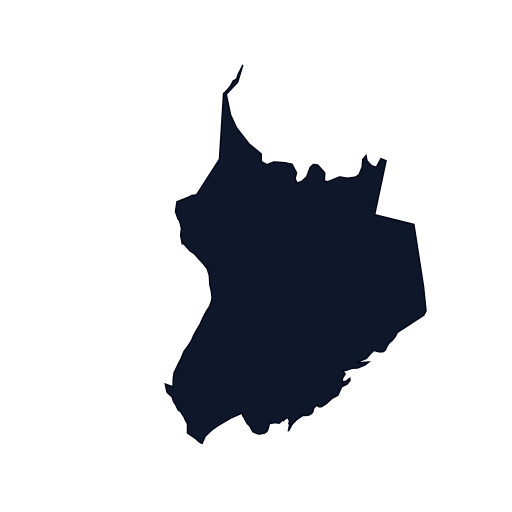 San Cristóbal Lachirioag, Oaxaca, Mexico (Natural Earth projection), rotated 53°
{"feature_id": "50627088B73044983414365", "entity_name": "San Cristóbal Lachirioag", "entity_type": "district", "adm_level": 2, "iso_a3": "MEX", "parent_name": "Mexico", "parent_adm1": "Oaxaca", "projection": "natural_earth1", "projection_center": [-96.168, 17.35], "detail": "fine", "context": "isolated", "style": "filled", "palette": "ink", "viewbox_px": 512, "rotation_deg": 53, "n_neighbors": 0, "source": "geoboundaries", "source_scale": "gbopen_adm2", "svg_char_len": 3764}
<svg xmlns="http://www.w3.org/2000/svg" viewBox="0 0 512 512"><g transform="rotate(53 256 256)"><path d="M402.1,189.2L404.2,157.6L402.1,153.2L381.2,140.6L325.8,110.9L294.4,136.4L258.2,94.8L253.5,97.6L257.5,106.5L253.4,109.4L246.7,110.1L242.0,107.7L243.2,112.7L248.9,117.7L253.0,124.6L253.0,128.9L248.9,136.2L243.2,141.6L239.8,154.2L237.0,156.2L231.0,151.1L220.6,151.9L217.5,154.9L217.8,159.3L223.3,167.9L224.0,174.8L222.2,179.4L217.7,178.2L213.9,173.6L204.4,172.0L198.9,176.8L191.7,185.0L191.0,187.4L189.7,192.2L183.7,195.0L177.6,190.4L162.0,194.2L161.8,194.1L160.8,194.1L142.0,194.4L127.9,191.4L108.9,182.4L106.1,166.0L95.5,151.5L96.0,152.5L98.7,157.8L99.6,159.9L101.2,162.4L102.8,164.7L103.0,165.0L102.5,168.9L104.6,173.3L105.4,175.8L106.8,183.0L106.6,184.0L156.7,226.9L171.4,266.7L168.8,271.3L168.8,273.1L165.1,286.4L172.1,293.6L179.1,295.8L182.1,295.9L189.1,298.9L194.2,303.8L197.5,305.4L201.9,307.6L202.6,306.4L207.2,306.0L212.1,305.6L216.8,303.9L223.6,303.4L229.9,302.7L236.8,302.6L243.3,304.9L251.3,310.2L257.3,312.9L262.9,316.2L265.1,318.5L268.2,323.2L270.0,328.1L272.6,333.9L276.9,341.8L279.7,348.7L281.7,353.1L284.3,357.6L284.9,358.7L285.7,360.9L286.9,364.3L289.0,371.1L292.6,377.1L294.0,379.9L295.7,383.5L297.0,385.9L299.8,391.5L304.6,396.3L306.5,397.8L309.1,399.8L310.3,401.1L306.7,403.6L303.7,405.5L309.7,408.4L311.8,409.0L318.2,407.8L322.8,409.5L326.6,409.7L332.1,410.8L334.9,409.9L337.1,410.1L341.5,410.3L344.2,411.1L348.8,411.7L356.1,417.2L365.6,414.1L370.8,413.1L373.2,411.8L369.3,404.9L368.3,395.3L368.6,387.7L369.4,380.9L370.3,373.4L372.3,364.9L373.2,361.4L375.6,362.8L377.1,362.6L379.3,363.1L382.0,363.5L384.3,363.8L388.4,363.3L390.5,363.7L390.9,363.8L394.5,364.2L398.4,362.1L400.3,360.4L400.5,360.0L401.7,357.1L402.4,356.6L402.4,355.8L402.7,354.2L402.4,352.4L401.9,351.3L399.9,348.6L398.7,347.3L398.3,346.5L398.2,346.3L398.1,345.2L398.2,344.8L398.4,344.6L398.5,344.5L398.7,344.4L398.9,344.2L399.1,344.1L399.2,343.7L399.7,342.5L400.0,342.0L400.3,341.7L400.5,341.3L400.6,341.2L401.0,340.5L401.5,340.0L401.6,339.9L402.6,339.0L403.1,338.6L403.3,338.3L403.5,337.7L403.4,336.9L403.2,335.5L403.0,334.7L403.1,333.8L403.2,333.1L403.5,332.8L404.0,332.9L403.9,332.5L403.7,331.7L403.7,331.4L403.7,329.7L403.8,329.3L403.9,328.5L404.1,328.3L404.3,328.1L404.5,328.0L405.1,328.0L406.3,328.1L406.8,328.3L407.6,328.4L407.9,328.6L408.2,328.8L408.6,329.1L408.8,329.4L408.9,329.6L409.1,329.9L409.3,330.3L409.4,330.5L409.6,330.6L410.3,330.7L410.9,330.8L411.4,331.1L411.7,331.4L412.2,332.0L412.7,332.7L412.9,332.9L413.0,333.1L413.6,333.5L414.1,334.1L414.3,334.4L415.1,335.4L415.4,335.7L414.9,334.8L414.8,334.5L414.7,334.2L414.6,333.9L414.4,333.5L414.3,333.2L414.1,332.8L413.3,330.9L413.0,330.5L412.7,329.8L412.3,329.0L412.2,328.5L412.0,327.3L411.7,326.7L411.6,325.1L411.6,324.7L411.5,324.0L411.3,323.5L411.3,322.9L411.2,322.1L411.2,321.6L411.2,320.5L411.3,319.3L411.3,319.1L411.3,316.8L411.4,315.9L411.5,314.8L411.9,314.1L412.6,313.1L413.4,312.0L414.4,310.4L414.9,309.1L415.1,308.1L415.1,307.1L415.1,306.5L415.1,305.6L414.7,304.7L414.4,304.1L413.9,303.5L413.3,302.9L412.3,301.5L412.2,301.0L412.1,300.1L411.9,299.2L411.8,298.3L411.9,297.7L411.9,296.5L412.7,296.6L413.1,296.8L413.5,296.9L413.8,296.7L414.3,296.4L414.8,295.8L415.0,295.4L415.4,295.0L415.8,294.2L416.2,288.4L415.4,280.9L416.5,274.5L414.1,270.1L412.0,266.4L412.2,265.3L413.1,260.3L412.0,255.9L410.1,254.8L410.3,259.4L408.5,262.9L405.6,260.4L404.0,255.9L399.8,255.6L401.6,252.9L403.2,247.4L406.6,242.2L407.3,239.4L408.6,234.4L408.5,229.8L401.9,240.1L402.8,234.7L404.2,229.6L402.7,222.3L402.4,218.5L405.3,216.5L406.2,215.6L407.7,214.1L409.0,211.6L408.9,209.2L407.5,207.0L406.1,203.6L405.3,200.8L405.5,199.0L404.3,193.6L403.4,191.8L402.1,189.2Z" fill="#0f172a" stroke="#020617" stroke-width="1.5"/></g></svg>